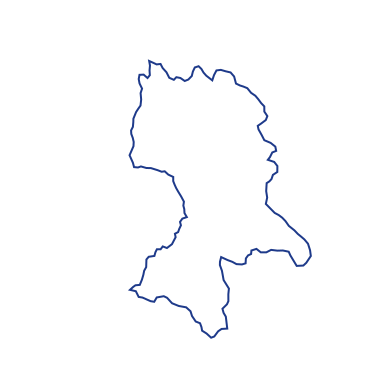 Tapiratiba, São Paulo, Brazil (Equal Earth projection), rotated 140°
{"feature_id": "56859067B91878871299734", "entity_name": "Tapiratiba", "entity_type": "district", "adm_level": 2, "iso_a3": "BRA", "parent_name": "Brazil", "parent_adm1": "São Paulo", "projection": "equal_earth", "projection_center": [-46.735, -21.456], "detail": "fine", "context": "isolated", "style": "outline", "palette": "blue", "viewbox_px": 384, "rotation_deg": 140, "n_neighbors": 0, "source": "geoboundaries", "source_scale": "gbopen_adm2", "svg_char_len": 2486}
<svg xmlns="http://www.w3.org/2000/svg" viewBox="0 0 384 384"><g transform="rotate(140 192 192)"><path d="M136.4,77.8L136.4,83.5L137.1,87.7L137.9,91.9L138.2,96.8L139.6,103.8L139.1,109.7L139.4,114.3L140.4,118.6L142.1,122.8L143.1,135.4L138.0,139.4L134.6,145.0L129.1,150.8L125.9,150.4L122.8,150.8L119.0,153.1L113.8,152.5L109.9,157.0L109.7,162.2L113.2,167.9L109.9,168.6L105.1,170.7L101.1,169.4L99.0,173.2L100.2,179.1L103.3,185.2L102.0,190.9L100.8,197.2L99.1,200.4L95.0,200.0L89.2,199.7L85.5,201.7L84.9,207.1L81.6,211.1L81.9,215.7L81.6,220.4L81.6,224.9L83.0,230.0L82.9,236.0L84.9,239.8L86.8,242.8L88.6,246.8L85.5,253.4L85.6,258.8L88.6,262.8L91.4,267.0L95.1,269.4L100.0,267.4L104.7,264.5L106.3,271.9L106.4,276.1L105.7,280.2L106.1,284.1L109.8,285.6L113.9,283.7L117.6,281.0L122.5,280.5L126.2,281.7L127.6,286.8L130.2,290.0L133.8,289.6L136.0,294.1L134.6,300.1L134.8,305.8L133.8,310.3L137.1,312.5L138.8,316.2L140.6,319.9L142.9,315.9L146.4,312.4L149.2,308.6L152.8,307.9L153.6,313.0L156.9,315.5L160.2,312.8L162.4,308.9L163.8,303.3L167.8,300.8L171.5,295.5L175.9,291.3L179.4,290.4L183.4,289.2L189.8,285.8L192.0,283.3L195.4,279.9L199.1,278.3L201.2,275.5L202.6,271.5L204.5,267.8L207.4,264.7L212.4,262.2L216.2,260.3L218.5,252.3L220.4,248.3L217.6,245.5L214.7,244.4L211.5,239.7L208.1,236.7L204.3,230.8L202.2,227.0L199.6,225.4L199.0,220.6L196.7,215.6L199.4,212.4L200.6,208.8L201.6,205.2L202.3,201.4L203.2,195.5L204.4,189.8L207.4,187.1L208.9,183.9L211.3,180.7L212.1,176.1L216.5,177.8L220.4,176.8L221.9,173.6L225.6,171.9L228.4,170.2L231.9,171.0L233.6,167.9L236.8,166.6L240.9,164.9L247.2,165.2L249.4,169.1L252.9,168.3L255.7,170.7L258.7,169.4L261.9,167.2L266.8,170.2L270.3,169.6L275.4,163.9L279.3,162.4L282.4,159.9L286.6,157.1L291.7,154.4L295.3,156.9L298.1,157.1L302.4,156.9L298.8,152.1L300.3,145.9L297.8,143.0L293.9,135.0L291.5,132.2L286.8,133.9L280.6,130.3L279.1,127.0L278.8,119.6L275.4,113.2L270.6,107.4L269.8,101.6L271.7,97.0L272.4,90.4L270.2,86.3L271.6,82.4L273.4,79.3L271.8,74.2L271.0,68.1L267.8,67.0L261.5,68.5L257.4,68.1L252.8,64.7L249.2,70.2L246.2,74.8L245.5,79.1L243.7,83.0L237.4,83.5L234.3,85.0L229.9,90.3L225.8,94.3L224.4,104.2L219.7,112.4L217.6,118.1L215.4,120.6L211.5,123.4L208.5,117.0L206.0,112.6L204.3,108.2L200.3,104.4L196.8,102.9L193.4,106.5L189.8,107.4L186.6,106.5L184.1,109.0L179.2,107.0L178.1,101.6L173.8,98.0L168.6,96.8L164.3,92.2L160.0,88.8L156.3,84.1L157.4,80.2L159.3,68.1L154.0,64.1L150.0,64.3L142.1,66.6L139.0,71.5L136.4,77.8Z" fill="none" stroke="#1e3a8a" stroke-width="2"/></g></svg>